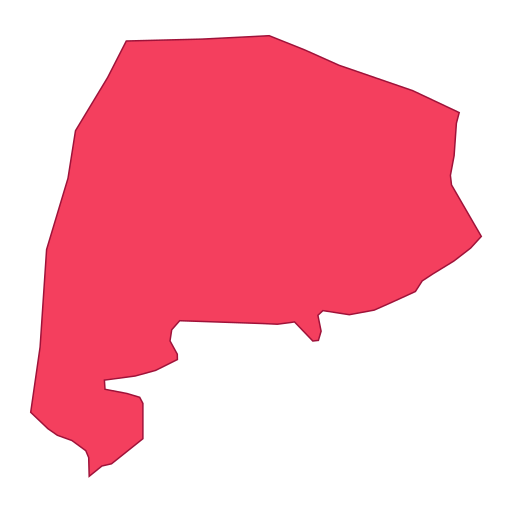 Bérmo, Maradi, Niger (Albers equal-area conic projection)
{"feature_id": "23599985B15241034776795", "entity_name": "Bérmo", "entity_type": "district", "adm_level": 2, "iso_a3": "NER", "parent_name": "Niger", "parent_adm1": "Maradi", "projection": "albers", "projection_center": [6.974, 15.013], "detail": "fine", "context": "isolated", "style": "filled", "palette": "rose", "viewbox_px": 512, "rotation_deg": 0, "n_neighbors": 0, "source": "geoboundaries", "source_scale": "gbopen_adm2", "svg_char_len": 819}
<svg xmlns="http://www.w3.org/2000/svg" viewBox="0 0 512 512"><path d="M40.1,347.0L30.7,412.3L47.9,428.7L57.4,435.3L71.9,440.5L85.8,450.7L88.7,457.6L89.2,476.3L101.9,466.0L111.5,463.8L142.9,438.7L142.9,403.4L139.7,397.3L127.0,393.5L105.0,389.3L104.4,380.1L135.2,376.0L155.6,370.4L177.4,359.5L177.3,354.2L170.0,340.9L171.7,329.8L179.7,320.7L262.0,323.5L277.4,324.2L290.7,322.5L294.5,321.9L312.8,341.0L318.4,340.4L321.1,331.2L317.9,315.3L322.9,310.6L349.3,314.7L374.2,310.1L392.0,302.2L415.4,291.5L422.2,280.9L432.7,274.0L453.9,261.0L470.6,248.1L481.3,236.4L451.5,184.9L450.4,175.4L454.1,155.7L456.4,123.2L459.2,112.6L412.8,90.7L339.1,65.3L304.9,50.0L269.2,35.7L257.6,36.3L251.9,36.6L202.0,39.1L126.3,41.0L107.7,77.4L75.5,130.7L68.0,178.3L46.6,249.5L40.1,347.0Z" fill="#f43f5e" stroke="#9f1239" stroke-width="1.5"/></svg>